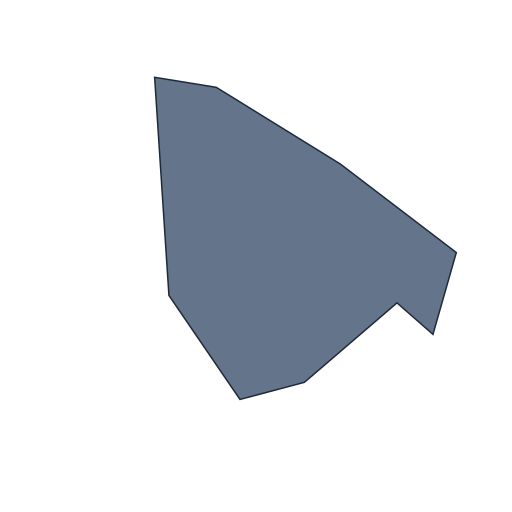 the border of Sliema, rotated 307°
{"feature_id": "MLT-5936", "entity_name": "Sliema", "entity_type": "state/province", "adm_level": 1, "iso_a3": "MLT", "parent_name": "Malta", "parent_adm1": "", "projection": "natural_earth1", "projection_center": [14.506, 35.912], "detail": "fine", "context": "isolated", "style": "filled", "palette": "slate", "viewbox_px": 512, "rotation_deg": 307, "n_neighbors": 0, "source": "natural_earth", "source_scale": "10m", "svg_char_len": 289}
<svg xmlns="http://www.w3.org/2000/svg" viewBox="0 0 512 512"><g transform="rotate(307 256 256)"><path d="M337.7,67.5L366.8,122.8L380.2,268.0L379.3,413.9L299.9,444.5L303.4,396.8L184.3,370.7L131.8,329.5L172.1,210.2L337.7,67.5Z" fill="#64748b" stroke="#1e293b" stroke-width="1.5"/></g></svg>